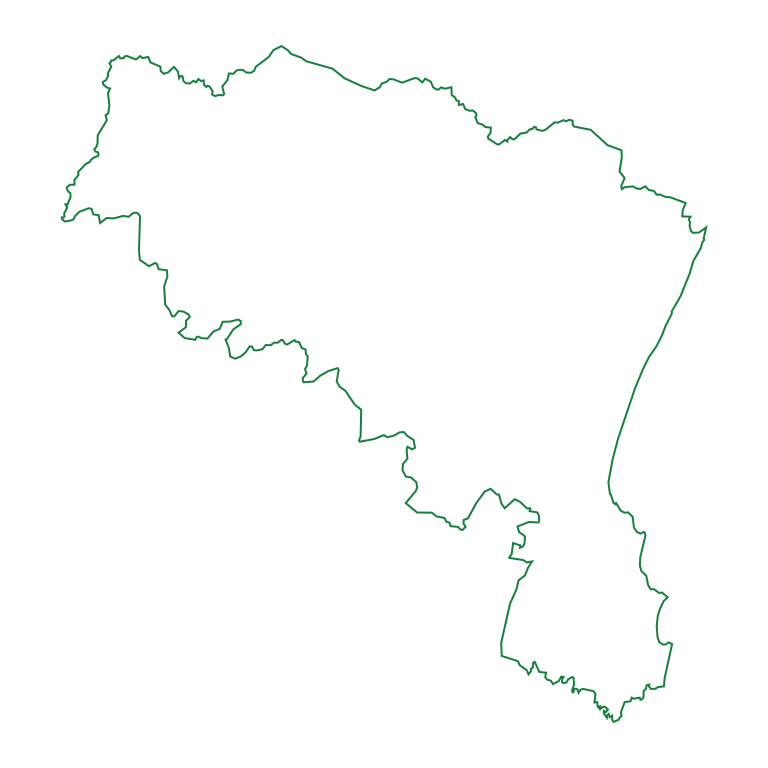 the district of Fenerive Est, Analanjirofo, Madagascar
{"feature_id": "10022922B92224420422748", "entity_name": "Fenerive Est", "entity_type": "district", "adm_level": 2, "iso_a3": "MDG", "parent_name": "Madagascar", "parent_adm1": "Analanjirofo", "projection": "albers", "projection_center": [49.228, -17.25], "detail": "fine", "context": "isolated", "style": "outline", "palette": "green", "viewbox_px": 768, "rotation_deg": 0, "n_neighbors": 0, "source": "geoboundaries", "source_scale": "gbopen_adm2", "svg_char_len": 5998}
<svg xmlns="http://www.w3.org/2000/svg" viewBox="0 0 768 768"><path d="M663.9,686.4L664.6,678.2L672.1,644.1L668.8,642.4L665.5,644.5L662.8,644.5L659.2,642.1L657.5,636.9L656.7,626.4L657.8,615.9L659.8,609.3L663.7,601.0L667.6,597.3L662.0,592.5L659.1,593.0L654.1,589.2L650.7,589.3L648.1,585.0L646.2,575.6L641.5,571.3L639.9,566.0L640.3,557.1L645.5,535.3L644.7,532.4L643.6,532.0L640.8,533.6L637.1,532.1L634.0,527.8L632.6,516.7L628.1,512.4L624.6,512.7L620.8,510.7L616.1,503.1L615.5,504.2L613.4,502.8L611.0,494.7L610.0,494.3L608.4,482.3L612.6,459.6L617.9,439.2L635.1,388.1L643.0,369.1L649.1,356.8L656.5,346.2L661.7,336.1L665.6,325.8L671.8,313.8L671.7,311.5L680.6,296.1L689.6,273.7L693.5,260.7L700.7,248.3L702.4,242.3L704.3,239.8L703.6,238.6L706.2,227.4L698.8,232.6L692.7,232.8L690.9,230.7L689.6,225.9L690.0,222.2L688.8,219.4L690.4,216.7L682.3,216.4L682.7,210.4L685.6,203.0L670.3,197.3L665.1,196.8L660.3,194.6L656.7,194.7L653.9,190.9L648.8,190.0L645.2,186.3L640.4,189.0L636.2,188.4L633.1,186.4L624.6,187.2L621.8,189.2L621.2,186.0L624.7,178.1L619.5,171.5L621.8,157.6L621.4,150.2L607.6,145.2L590.7,129.8L574.2,126.6L572.7,124.6L572.6,120.6L569.1,119.8L566.2,121.3L563.6,120.1L557.8,122.7L554.6,122.3L545.9,129.5L542.4,130.9L536.5,129.4L535.9,127.2L534.0,126.9L532.7,128.7L529.3,129.6L526.7,132.5L520.5,133.5L514.5,139.3L512.3,139.2L510.1,137.1L507.4,140.0L507.4,141.6L505.0,140.0L498.9,144.5L496.9,144.2L488.1,138.4L488.0,136.3L490.6,132.7L490.8,127.5L485.3,127.1L482.9,124.8L477.8,123.1L475.3,117.3L476.4,115.4L476.0,113.1L472.9,110.5L469.4,110.7L465.3,109.1L463.0,104.0L458.9,105.0L458.7,101.0L456.4,100.4L455.1,97.5L451.7,94.9L451.4,87.2L445.1,88.7L441.1,87.4L438.8,89.4L436.5,89.5L433.0,87.2L430.9,81.8L425.2,78.7L422.4,82.4L417.5,78.4L414.5,78.1L402.1,82.7L393.7,79.4L389.5,79.0L386.7,81.9L381.9,83.4L379.7,87.3L374.6,90.4L361.7,86.1L344.8,78.4L332.4,68.6L306.1,61.2L301.8,57.9L290.7,53.8L288.5,50.7L281.5,46.1L273.4,50.1L268.9,56.8L255.9,66.7L254.1,70.7L251.2,72.7L246.5,72.6L242.7,69.9L239.2,69.9L236.6,70.4L233.6,73.7L228.9,73.5L227.4,80.2L222.3,86.5L224.1,94.3L222.5,95.4L219.6,94.8L214.9,96.1L212.1,94.5L212.6,90.9L209.3,86.3L207.4,85.9L206.3,87.0L204.0,84.8L203.7,80.4L201.0,81.1L198.4,79.0L196.1,82.3L193.3,80.8L189.8,83.6L185.8,83.1L183.5,81.2L182.5,76.2L180.5,76.2L179.1,78.2L178.0,71.7L174.0,66.9L168.1,72.4L163.7,73.8L160.7,71.0L160.4,66.6L150.4,62.4L148.2,57.0L142.4,58.1L140.3,56.1L135.9,59.5L126.9,55.9L124.9,56.3L123.5,58.2L120.3,58.4L118.9,56.0L113.7,60.2L111.0,60.7L110.8,62.3L109.4,63.3L111.3,66.5L107.9,73.1L108.2,76.0L105.8,80.3L102.8,82.0L103.3,84.5L106.6,87.4L110.1,88.5L108.0,93.3L109.4,105.4L108.3,113.3L105.6,115.1L106.8,120.3L97.7,135.3L97.5,143.3L96.5,146.7L94.2,149.3L95.3,151.5L98.1,152.3L98.6,154.9L98.0,156.1L94.2,157.3L90.7,160.0L90.0,161.9L85.8,163.9L78.1,172.0L78.5,174.9L74.3,180.2L74.6,184.6L69.8,184.8L66.7,187.5L67.9,191.3L70.4,193.1L70.5,197.3L67.4,204.6L65.5,204.4L67.2,207.5L64.1,213.7L64.5,216.2L63.7,217.5L61.8,217.4L62.1,219.1L64.6,221.5L70.8,220.5L73.5,219.4L74.7,216.5L79.1,211.9L88.5,208.3L91.5,208.8L93.3,214.4L98.7,215.2L100.1,223.0L106.7,218.0L113.9,218.4L123.1,215.9L128.5,216.8L132.9,213.3L135.7,212.6L137.8,213.4L140.0,216.3L139.0,250.4L139.8,259.8L149.0,266.2L155.3,262.9L157.1,264.3L158.6,269.2L166.9,270.3L167.4,276.5L164.1,286.5L165.2,304.5L169.5,310.3L172.2,316.4L174.3,316.3L178.6,311.1L183.3,311.5L188.7,314.5L189.8,317.0L186.0,320.8L185.9,327.2L178.6,332.6L184.7,338.1L195.3,339.8L196.8,336.9L198.3,336.7L201.9,338.2L207.4,338.5L213.5,331.5L219.8,328.8L222.7,321.8L229.9,321.6L238.3,319.5L240.7,321.2L240.8,324.1L233.2,329.5L226.8,339.3L225.5,339.6L228.9,347.9L230.2,356.5L235.1,358.7L240.7,356.5L245.5,352.5L249.6,346.4L251.9,346.5L253.9,350.1L256.8,350.4L262.3,349.3L265.8,345.0L270.9,345.2L273.8,342.7L277.8,342.7L281.0,340.1L282.8,340.0L284.9,343.7L287.2,344.5L294.4,340.0L295.7,341.6L299.0,342.0L301.8,348.0L305.6,349.5L305.9,353.8L307.7,356.4L307.0,365.6L305.0,369.1L306.6,373.5L302.6,378.2L303.5,382.3L313.6,381.5L320.2,375.7L328.4,371.0L337.7,368.1L338.7,369.8L336.7,381.5L339.4,386.5L345.4,390.8L354.7,404.6L361.2,409.7L360.6,436.6L358.9,440.6L360.0,441.7L374.6,438.9L383.8,435.1L387.2,437.2L393.8,435.7L399.5,432.4L403.7,432.0L407.7,436.2L413.5,439.9L415.0,447.7L412.3,449.4L407.4,446.8L406.6,449.6L407.4,458.7L403.0,464.0L402.5,470.4L405.9,476.6L411.1,477.5L416.3,482.2L417.2,487.5L415.8,491.0L405.7,503.1L417.1,512.5L431.9,512.7L436.4,516.4L444.4,517.9L446.3,521.7L449.5,522.6L450.6,526.2L458.1,526.9L460.1,529.3L462.4,530.0L465.6,526.9L463.5,523.5L463.7,520.0L468.0,518.3L476.3,503.0L484.8,491.4L490.7,488.8L496.8,494.5L499.0,494.7L501.4,503.5L504.7,508.3L514.6,499.2L520.5,502.1L526.9,508.4L530.2,508.3L529.6,511.1L537.2,512.4L538.9,515.5L539.2,520.9L538.4,522.5L529.0,522.0L517.5,526.4L519.1,532.2L523.9,535.3L525.1,537.2L524.3,544.2L522.8,546.6L520.0,547.7L520.3,545.4L513.1,543.1L511.7,554.1L509.6,557.0L509.3,557.9L523.4,560.1L526.8,562.5L532.1,561.4L527.9,568.0L525.0,575.4L518.6,580.3L516.4,589.5L510.0,603.8L501.2,642.8L501.7,655.9L517.9,661.2L519.8,665.3L526.7,670.1L528.5,674.3L531.1,671.0L530.8,669.1L532.9,667.5L533.2,662.5L534.8,661.9L539.2,671.9L546.1,672.7L545.2,677.3L547.0,679.6L550.9,680.7L553.0,684.1L558.7,681.1L561.3,676.6L563.5,677.0L562.3,678.7L562.0,682.1L563.6,683.1L566.6,682.4L568.1,679.3L572.5,676.9L573.6,678.2L574.1,684.7L572.2,689.8L572.4,692.1L573.1,692.4L574.5,689.0L576.0,688.6L577.7,689.8L578.6,692.8L580.6,689.6L583.1,688.9L593.6,691.2L595.5,694.4L594.4,702.5L597.2,702.1L597.8,707.0L598.7,707.7L598.7,706.5L600.1,706.3L600.3,709.0L602.6,706.9L604.9,706.7L608.0,709.5L605.7,712.2L603.9,710.9L603.8,713.5L606.8,717.7L607.0,715.5L608.7,713.9L609.7,717.2L612.1,715.7L612.3,720.1L613.6,721.9L618.8,719.7L619.7,717.4L621.6,716.1L620.8,712.5L624.7,702.1L630.5,701.2L631.8,697.7L633.6,698.7L639.7,697.7L640.5,699.8L642.2,699.4L643.6,696.9L643.6,690.9L645.9,688.9L646.6,685.3L649.3,684.6L648.9,686.3L650.8,688.9L655.2,688.9L658.0,687.1L663.9,686.4Z" fill="none" stroke="#15803d" stroke-width="2"/></svg>